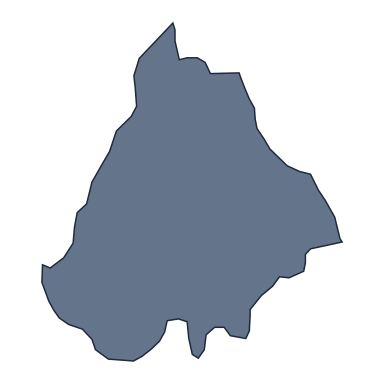 outline of Sancheong-gun, South Gyeongsang, South Korea
{"feature_id": "91817680B92610564128426", "entity_name": "Sancheong-gun", "entity_type": "district", "adm_level": 2, "iso_a3": "KOR", "parent_name": "South Korea", "parent_adm1": "South Gyeongsang", "projection": "equal_earth", "projection_center": [127.892, 35.389], "detail": "fine", "context": "isolated", "style": "filled", "palette": "slate", "viewbox_px": 384, "rotation_deg": 0, "n_neighbors": 0, "source": "geoboundaries", "source_scale": "gbopen_adm2", "svg_char_len": 1060}
<svg xmlns="http://www.w3.org/2000/svg" viewBox="0 0 384 384"><path d="M239.1,72.9L210.4,73.6L205.2,62.5L197.4,57.8L187.1,57.8L179.3,59.7L175.0,41.1L175.0,29.9L172.9,23.0L139.3,58.3L133.9,75.8L135.2,87.4L136.6,106.3L131.2,116.5L116.4,131.0L109.6,151.4L102.8,163.1L92.0,182.0L86.6,203.9L77.2,212.6L74.5,227.2L73.1,243.2L63.7,257.8L50.2,268.0L42.5,264.8L41.9,282.4L48.8,301.1L54.0,310.5L59.2,317.9L68.7,324.5L82.5,329.2L92.0,339.4L95.5,349.7L108.4,359.1L120.5,360.0L133.5,361.0L142.1,356.3L151.6,348.8L159.4,341.3L164.6,332.0L167.2,320.7L178.4,318.9L187.1,321.7L188.8,338.5L192.3,354.4L198.3,358.2L204.3,349.7L206.1,334.8L214.7,327.3L224.2,327.3L230.3,335.7L245.8,338.5L249.3,331.0L250.1,316.1L250.1,309.5L261.4,295.5L272.6,286.2L279.5,276.8L289.0,277.8L303.7,271.2L305.4,262.8L305.4,254.4L310.6,248.8L342.1,242.0L339.9,238.5L334.7,217.1L325.2,200.3L318.3,190.0L310.5,174.2L299.3,171.4L287.2,165.8L269.9,149.0L263.9,138.8L257.0,128.5L255.2,119.2L254.4,108.1L249.2,98.7L244.9,88.5L240.6,77.3L239.1,72.9Z" fill="#64748b" stroke="#1e293b" stroke-width="1.5"/></svg>